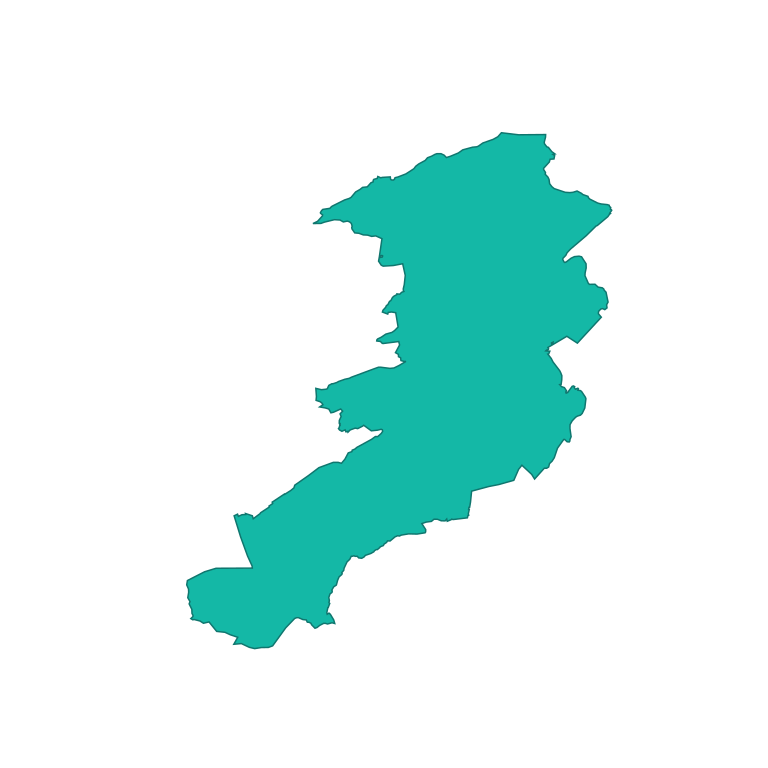 outline of Omitlán de Juárez, Hidalgo, Mexico, rotated 240°
{"feature_id": "50627088B94550034799576", "entity_name": "Omitlán de Juárez", "entity_type": "district", "adm_level": 2, "iso_a3": "MEX", "parent_name": "Mexico", "parent_adm1": "Hidalgo", "projection": "equal_earth", "projection_center": [-98.622, 20.184], "detail": "fine", "context": "isolated", "style": "filled", "palette": "teal", "viewbox_px": 768, "rotation_deg": 240, "n_neighbors": 0, "source": "geoboundaries", "source_scale": "gbopen_adm2", "svg_char_len": 6170}
<svg xmlns="http://www.w3.org/2000/svg" viewBox="0 0 768 768"><g transform="rotate(240 384 384)"><path d="M233.7,123.8L230.5,130.7L223.3,135.7L219.5,139.7L217.1,146.0L213.7,152.1L212.9,156.6L222.0,177.0L225.6,189.4L225.3,191.5L224.4,193.1L220.5,196.0L218.6,198.7L216.1,198.5L215.0,200.0L213.3,201.1L211.8,200.9L207.0,202.1L206.6,204.3L207.1,207.6L206.9,212.0L206.1,213.5L204.4,215.1L203.2,219.6L201.2,221.6L204.9,222.5L211.4,222.4L213.1,221.8L213.0,219.7L214.5,220.1L218.4,223.5L218.3,223.9L221.1,227.3L222.2,227.0L223.7,228.4L226.7,229.4L229.2,232.3L229.5,234.7L230.6,235.7L231.6,235.7L233.5,239.1L233.7,242.2L237.2,245.7L239.4,248.6L240.1,252.1L240.6,252.9L241.8,253.2L242.7,255.9L244.4,257.3L248.4,263.0L249.3,266.7L251.2,269.5L250.5,270.8L250.3,272.1L249.2,272.8L248.2,274.7L246.1,275.1L244.2,277.6L244.2,280.3L244.9,282.2L243.8,287.9L243.8,291.3L244.4,292.5L244.5,294.4L243.9,295.5L244.5,298.7L244.9,299.3L244.4,302.7L245.3,304.0L245.5,307.0L246.4,308.6L245.0,310.8L246.1,317.0L245.8,319.9L244.6,321.4L244.5,323.4L241.9,330.4L237.5,337.6L234.6,345.2L235.1,346.1L237.0,347.3L244.2,347.0L243.3,351.5L241.3,356.4L241.9,359.7L240.1,362.7L237.0,365.1L234.9,368.5L235.7,370.8L233.5,370.1L232.9,374.3L233.1,375.1L232.1,376.0L226.4,389.3L228.0,390.8L228.0,391.8L229.3,392.0L232.7,395.1L233.1,394.6L234.7,395.9L234.4,396.5L238.5,399.9L247.4,406.3L242.8,423.6L239.5,433.2L235.7,448.3L242.8,457.9L244.7,462.8L231.9,466.7L226.4,466.9L230.9,480.7L229.7,482.8L229.8,485.1L232.3,487.5L233.1,490.9L235.0,494.6L241.7,502.2L246.1,511.9L245.7,512.7L242.4,513.7L241.2,515.4L241.7,516.5L242.8,517.1L244.8,519.7L252.5,522.8L255.8,524.8L258.0,528.6L259.4,533.3L259.5,535.4L258.8,538.6L259.4,540.9L262.8,545.9L270.3,551.5L271.9,551.8L278.5,551.4L280.0,550.9L281.7,548.8L282.7,550.0L283.4,549.8L283.8,547.2L285.8,546.9L286.4,547.8L287.6,547.1L287.9,545.8L284.8,538.8L285.0,537.2L286.2,537.4L286.7,538.7L290.7,538.4L293.0,536.4L295.6,535.9L295.1,537.2L298.7,540.0L302.3,542.2L305.6,542.7L307.8,542.8L318.5,541.4L322.6,541.6L328.0,540.8L327.8,541.8L329.5,544.0L331.8,540.7L332.1,541.8L331.8,543.7L332.3,544.2L333.7,544.2L333.7,548.6L335.9,549.7L335.7,551.4L333.7,549.5L333.9,566.2L322.7,571.9L333.2,605.6L337.6,604.8L339.1,605.7L339.9,606.9L340.5,609.4L339.9,611.1L338.0,612.4L338.4,615.2L341.3,616.4L342.9,619.0L352.5,622.2L355.1,621.6L356.5,621.8L358.2,621.1L360.8,617.9L364.9,616.6L367.6,611.7L369.2,611.3L377.3,612.2L379.6,613.7L383.4,617.1L387.1,619.1L395.4,618.7L397.2,616.8L399.1,612.6L399.4,608.8L398.6,603.1L398.8,601.4L399.8,600.9L402.6,601.1L403.4,601.9L404.5,605.8L406.1,608.1L407.6,613.0L411.3,633.2L414.8,646.7L414.6,648.0L417.0,661.5L418.3,664.3L418.4,665.3L419.1,664.9L420.5,668.0L421.1,668.1L422.0,667.4L423.5,668.6L425.0,668.1L426.2,668.4L427.7,667.1L431.4,662.0L433.9,659.5L441.2,654.7L443.2,654.2L444.5,654.5L448.7,650.9L450.3,650.4L454.6,647.7L455.5,643.6L456.8,640.7L459.4,636.8L468.1,629.1L471.1,628.0L474.7,627.6L478.6,629.2L481.3,629.4L485.0,628.5L486.4,629.6L490.0,629.5L491.0,630.1L493.6,638.2L495.6,640.2L493.9,643.7L496.5,646.0L498.3,645.1L497.7,647.1L501.3,645.5L506.7,644.7L508.0,643.6L511.7,643.1L513.2,643.6L517.0,647.3L519.2,648.7L532.5,625.2L542.9,611.3L541.2,606.2L541.3,600.8L543.3,590.2L542.8,584.5L543.1,582.8L544.8,579.1L547.4,569.3L546.9,563.9L548.0,555.5L548.9,551.3L552.1,550.5L555.0,548.5L557.0,545.0L557.4,543.0L557.5,539.0L558.2,534.8L557.0,531.5L557.2,524.1L556.7,520.3L555.5,517.6L555.0,508.0L556.3,499.6L557.1,496.9L556.9,496.1L556.0,495.4L556.0,493.9L557.2,492.3L558.0,492.1L560.2,493.0L563.8,485.8L564.2,484.3L566.8,482.4L565.4,480.9L566.3,477.6L565.9,476.6L564.5,475.7L564.8,473.2L563.1,468.1L565.0,463.7L564.5,460.7L564.5,455.4L562.1,448.9L562.1,446.7L563.1,441.9L563.9,428.7L563.9,427.2L563.2,425.0L565.8,418.3L565.4,416.7L564.2,414.6L563.5,414.4L561.2,415.4L560.3,414.6L558.1,407.8L558.5,402.7L554.6,409.7L554.0,413.2L551.1,423.2L548.0,427.9L544.7,429.8L543.4,433.7L541.7,435.2L539.4,436.0L536.5,435.3L535.8,434.4L534.3,433.8L529.5,434.2L527.1,437.6L523.5,440.6L521.1,444.3L518.0,447.1L516.4,450.9L510.9,454.9L496.9,443.9L496.6,446.0L495.9,446.9L495.4,446.7L494.8,446.0L495.8,443.0L493.1,440.7L488.3,441.0L486.5,442.2L481.9,451.4L478.8,460.3L467.4,456.7L459.9,451.2L456.7,448.2L455.0,447.4L454.2,447.5L454.6,445.1L453.9,442.5L455.5,440.4L455.0,440.3L455.1,436.4L454.7,434.6L452.8,431.6L452.8,430.1L450.8,427.0L450.7,425.3L449.6,423.8L448.4,420.0L447.1,418.6L442.7,422.2L443.9,423.5L442.6,426.5L439.9,429.8L426.3,424.7L425.0,419.9L424.7,416.7L426.3,410.5L425.9,405.0L426.2,401.0L425.8,399.9L424.9,399.2L422.6,402.2L420.1,402.8L419.5,403.5L413.4,418.0L410.0,417.0L405.4,409.6L402.5,411.3L400.4,410.2L398.5,411.5L395.8,410.4L393.4,412.8L392.6,414.3L392.5,406.3L392.9,400.6L394.6,396.9L400.3,389.4L401.3,387.6L402.0,383.8L406.2,359.1L406.3,356.8L407.7,352.4L408.9,345.9L408.9,343.9L409.7,340.1L410.3,338.9L410.4,335.5L408.5,332.9L408.2,331.8L410.4,326.9L414.3,322.8L406.9,319.2L403.8,317.0L400.5,319.9L398.4,320.7L396.6,320.7L396.3,316.8L392.7,321.1L389.9,323.7L385.6,323.6L384.8,326.1L384.0,334.0L381.2,334.6L380.1,331.0L377.3,330.6L374.8,327.1L372.4,325.6L371.7,325.5L371.6,326.1L370.1,325.3L370.2,324.9L368.6,323.3L368.2,322.3L366.4,322.5L364.1,323.9L363.7,327.4L361.6,327.1L361.1,328.9L360.3,328.7L361.1,331.7L360.9,333.0L360.2,337.0L358.5,338.9L358.2,344.4L358.4,345.8L349.8,349.6L347.3,355.2L346.2,358.9L345.2,359.7L343.6,359.1L342.6,357.0L341.6,352.3L342.8,350.2L342.3,345.4L342.7,329.0L342.2,326.1L342.6,323.4L341.5,322.4L342.2,318.6L338.4,312.5L336.6,307.5L339.0,305.2L341.5,300.9L344.1,285.8L342.5,273.1L341.0,256.1L339.1,254.1L338.4,250.1L338.1,242.8L338.5,242.8L337.6,228.1L336.1,227.8L335.8,223.4L334.8,223.1L334.2,212.7L333.7,211.9L332.7,203.4L335.7,204.1L341.1,199.3L340.1,199.0L341.8,195.7L342.2,191.7L344.5,192.1L344.8,188.3L323.4,183.4L303.1,179.8L292.3,178.8L290.4,177.9L308.4,146.4L311.1,134.7L312.1,115.5L308.7,112.7L304.2,112.2L301.3,110.7L297.0,107.2L292.6,107.2L291.0,105.3L284.9,104.9L281.3,103.0L279.1,102.9L278.1,102.2L277.4,99.4L275.4,100.5L275.0,101.8L270.8,106.1L267.1,108.0L265.4,113.5L253.4,115.4L248.5,122.1L243.7,125.5L237.8,130.7L233.7,123.8Z" fill="#14b8a6" stroke="#0f766e" stroke-width="1.5"/></g></svg>